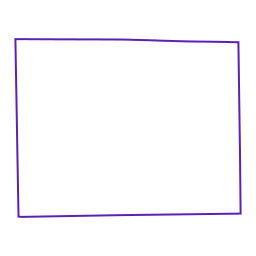 Stephenson, Illinois, United States of America
{"feature_id": "52423323B66491108399263", "entity_name": "Stephenson", "entity_type": "district", "adm_level": 2, "iso_a3": "USA", "parent_name": "United States of America", "parent_adm1": "Illinois", "projection": "mercator", "projection_center": [-89.633, 42.351], "detail": "fine", "context": "isolated", "style": "outline", "palette": "violet", "viewbox_px": 256, "rotation_deg": 0, "n_neighbors": 0, "source": "geoboundaries", "source_scale": "gbopen_adm2", "svg_char_len": 495}
<svg xmlns="http://www.w3.org/2000/svg" viewBox="0 0 256 256"><path d="M238.4,42.2L230.1,42.1L229.4,42.1L228.9,42.0L228.3,42.0L203.2,41.6L199.7,41.6L187.0,41.4L169.2,40.9L156.4,40.5L154.1,40.3L153.5,40.4L152.6,40.4L148.5,40.2L135.4,39.9L132.8,39.8L125.5,39.6L115.9,39.5L114.5,39.5L93.7,39.4L82.1,39.4L77.6,39.4L71.8,39.3L69.4,39.3L68.5,39.3L53.3,39.3L15.6,39.1L15.4,39.1L18.5,216.6L21.2,216.9L116.6,215.2L240.6,213.6L240.0,153.3L238.4,42.2Z" fill="none" stroke="#5b21b6" stroke-width="2"/></svg>